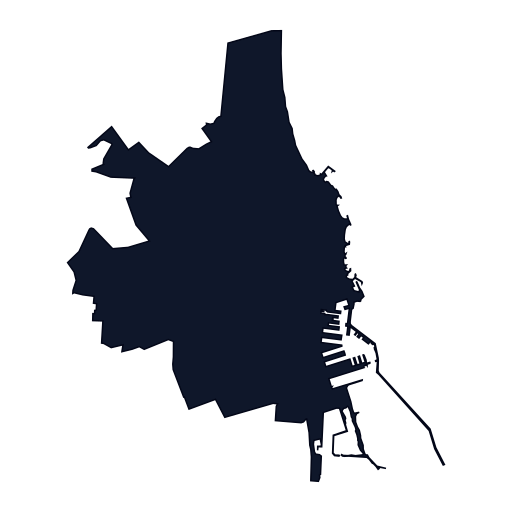 outline of Constanta, Constanta, Romania
{"feature_id": "2599482B843815366907", "entity_name": "Constanta", "entity_type": "district", "adm_level": 2, "iso_a3": "ROU", "parent_name": "Romania", "parent_adm1": "Constanta", "projection": "albers", "projection_center": [28.637, 44.187], "detail": "fine", "context": "isolated", "style": "filled", "palette": "ink", "viewbox_px": 512, "rotation_deg": 0, "n_neighbors": 0, "source": "geoboundaries", "source_scale": "gbopen_adm2", "svg_char_len": 6097}
<svg xmlns="http://www.w3.org/2000/svg" viewBox="0 0 512 512"><path d="M111.2,347.6L123.0,344.8L121.9,351.7L132.1,349.2L139.3,346.6L144.2,349.3L168.3,339.5L173.5,341.4L173.4,357.0L172.8,364.1L173.2,369.6L183.7,397.1L184.4,396.9L189.0,409.1L215.5,399.3L224.8,417.3L273.1,403.3L277.6,403.8L276.3,406.3L275.4,420.6L301.1,422.7L303.5,421.9L305.8,419.2L306.7,419.0L309.1,432.6L309.8,445.2L310.8,449.4L311.4,456.9L310.8,480.7L318.4,481.3L319.8,477.6L319.5,474.9L320.5,474.4L321.3,456.1L319.5,454.7L315.6,454.1L314.4,451.7L313.4,444.1L313.9,440.4L320.2,438.8L321.4,444.5L321.3,446.2L317.7,446.3L317.6,450.3L318.0,446.7L321.7,446.8L323.3,412.4L336.4,408.1L339.5,408.2L346.6,430.7L333.3,435.2L332.6,453.3L334.5,455.6L339.0,456.1L339.4,455.7L339.0,455.2L335.0,455.1L333.0,452.9L333.7,435.6L347.3,431.3L345.3,424.4L345.7,423.1L344.9,419.9L345.6,418.7L345.3,417.1L342.0,411.3L342.4,410.1L343.7,408.3L345.8,407.9L347.6,406.2L348.3,406.9L350.4,411.6L351.4,416.9L352.4,418.6L352.4,420.9L355.3,427.0L356.0,429.6L355.5,431.0L356.9,434.5L357.8,438.5L357.8,440.4L358.4,441.5L358.2,444.9L360.5,450.2L363.1,453.1L363.3,454.0L363.0,454.8L355.5,455.7L351.4,455.0L348.1,455.6L343.3,455.4L341.6,454.6L341.4,455.1L342.4,456.0L344.2,456.3L348.7,456.1L366.9,457.3L369.4,459.4L372.4,463.3L373.3,463.5L376.1,466.4L378.1,469.3L379.1,468.5L377.5,466.8L386.0,468.4L376.9,466.2L368.8,457.6L367.4,455.0L365.9,454.9L364.9,454.0L363.2,449.1L363.1,445.2L360.6,438.2L360.5,435.5L359.3,430.3L357.4,427.0L355.6,422.1L355.4,416.5L356.6,413.7L359.2,412.3L354.5,413.3L353.5,412.3L352.3,408.9L350.8,401.7L346.5,388.3L346.6,387.4L347.8,385.4L348.9,384.7L362.1,380.5L362.2,379.9L332.3,389.0L331.6,387.4L332.2,386.5L331.3,386.7L328.8,378.6L364.0,367.6L363.6,367.2L364.2,365.8L365.5,365.4L365.6,364.5L366.1,364.3L367.1,365.7L367.1,364.1L369.1,363.6L370.0,363.0L369.8,362.4L366.4,363.4L366.0,360.0L364.1,355.2L363.5,354.8L363.0,355.0L365.3,362.3L361.8,363.4L359.5,356.1L358.2,356.6L360.3,364.0L357.1,364.9L354.7,357.6L353.3,358.1L355.6,365.4L354.4,365.8L352.1,366.3L349.9,359.1L325.8,366.7L324.3,361.8L345.2,355.1L344.8,353.4L343.9,351.0L323.0,357.7L321.4,352.7L342.4,346.0L341.8,346.0L341.8,345.4L342.3,345.2L321.0,342.5L321.7,337.4L341.1,339.8L341.8,335.2L322.4,332.7L323.0,328.0L338.8,330.0L339.2,326.9L328.1,325.5L328.6,322.8L338.7,324.1L339.0,321.3L332.3,320.4L332.5,319.0L333.0,319.1L333.0,318.7L332.5,318.6L332.7,317.4L337.9,318.1L338.2,316.0L327.6,314.6L324.9,314.7L324.8,313.6L320.8,313.1L321.1,311.2L324.5,311.6L321.1,310.9L321.3,309.5L326.3,310.2L326.3,310.8L327.6,311.9L340.5,313.5L340.8,311.2L334.9,310.5L335.9,302.6L346.9,299.0L349.0,305.3L349.8,305.3L344.1,306.8L345.0,309.4L349.4,308.2L347.5,323.7L346.0,323.6L345.8,326.0L347.9,326.3L346.8,334.8L349.1,335.1L350.0,328.2L349.6,328.1L349.9,326.5L356.7,331.7L354.6,334.6L355.3,335.1L357.3,332.4L359.3,333.8L357.2,336.6L359.0,338.0L361.0,335.4L363.9,337.6L362.5,339.3L368.4,343.8L370.2,341.6L371.6,342.6L371.4,343.4L372.7,344.4L373.3,343.9L374.7,345.1L375.0,347.3L374.3,347.7L374.7,349.9L375.6,350.0L375.5,351.6L376.1,352.6L377.4,359.7L375.5,360.7L375.7,361.4L377.5,361.0L376.6,372.4L378.8,374.3L429.3,430.6L434.8,448.8L443.2,465.0L444.4,464.5L435.7,447.6L430.0,429.0L378.9,373.0L378.0,370.8L378.3,360.6L378.1,357.9L375.1,343.6L351.5,325.6L350.2,323.9L350.1,321.8L351.6,309.3L353.1,308.3L354.0,303.9L353.8,302.3L356.9,301.1L360.1,301.4L360.7,300.9L360.8,299.5L363.9,296.4L361.9,291.4L359.4,287.8L356.8,281.8L357.1,281.4L356.3,282.1L359.6,289.7L359.0,292.0L354.0,290.7L352.1,287.1L354.4,286.1L351.9,281.0L354.9,278.1L360.8,281.3L361.5,281.9L361.9,283.7L362.3,282.7L361.9,281.6L355.3,277.5L356.0,275.3L355.5,274.1L355.2,274.3L355.0,277.3L352.9,279.5L349.4,279.2L347.0,278.0L346.4,277.2L346.4,275.6L347.3,274.9L347.9,275.5L347.4,273.8L350.6,270.8L350.5,268.8L350.0,269.0L349.8,270.8L348.4,271.8L346.1,271.0L344.7,269.6L344.6,268.5L346.5,268.0L346.0,267.6L345.8,265.5L346.3,265.0L344.2,265.1L343.5,262.2L343.5,259.1L343.9,258.1L344.7,257.5L345.5,258.4L346.0,258.3L345.9,257.5L345.0,257.0L345.0,254.9L345.7,254.4L346.0,253.5L345.3,254.0L344.5,253.6L344.0,251.7L344.3,247.3L344.8,246.4L345.5,246.7L345.4,245.5L349.3,244.3L349.5,242.3L349.4,241.6L349.1,241.7L348.8,243.7L347.9,243.8L345.0,241.9L344.2,239.0L344.4,234.9L345.2,229.3L346.3,226.7L348.8,224.4L350.0,224.1L350.6,225.5L350.7,224.5L348.4,219.3L347.5,215.8L347.1,216.0L347.8,218.2L346.8,219.1L344.3,219.0L342.1,217.9L340.4,215.6L338.4,211.0L337.0,206.1L338.0,205.3L336.5,205.2L336.1,204.4L336.0,199.8L336.9,197.4L339.1,195.6L340.9,198.1L341.3,198.0L340.9,196.7L338.9,194.7L337.9,191.7L336.3,189.3L335.4,189.6L333.9,188.2L332.5,186.0L330.8,185.4L328.3,182.0L326.6,181.5L325.5,182.4L324.2,181.3L323.5,179.8L323.3,179.0L324.5,177.3L325.5,176.1L326.4,175.9L324.1,172.1L327.6,167.8L328.9,167.5L330.5,168.5L332.6,170.2L332.3,171.3L333.0,170.7L334.4,171.5L334.7,171.2L328.3,166.5L321.5,174.5L320.5,173.9L320.5,174.9L317.9,175.8L314.8,175.0L315.0,174.2L314.0,173.3L314.3,171.9L313.4,170.5L313.0,170.6L313.4,171.3L313.2,171.8L311.9,172.4L310.3,171.9L308.7,170.5L306.4,165.2L301.9,159.0L295.5,145.3L294.6,140.5L292.7,133.9L292.1,128.5L289.0,122.3L287.4,111.8L285.5,106.6L284.8,97.5L282.8,89.6L281.4,68.9L281.0,53.4L281.4,30.7L271.6,30.8L228.0,43.1L220.9,116.4L218.9,116.8L216.8,118.4L214.6,121.6L214.3,123.0L213.0,123.6L210.3,124.2L206.4,123.3L206.6,125.0L202.1,128.5L211.5,141.7L206.4,144.2L198.8,148.9L192.9,148.4L190.0,147.2L188.9,147.4L187.2,148.4L168.6,166.7L148.6,152.9L138.8,142.4L128.4,149.9L111.6,126.7L88.0,147.4L88.5,148.0L90.4,147.7L96.2,145.5L100.4,140.7L103.8,139.8L111.6,143.5L112.1,144.5L103.8,158.9L103.2,163.4L103.8,164.3L92.0,169.2L92.0,171.1L96.2,171.8L110.9,177.1L134.7,178.1L133.9,179.2L130.4,192.0L130.1,193.2L130.9,197.4L126.5,198.3L136.1,225.1L149.5,241.0L128.1,247.4L112.7,248.7L93.5,228.8L91.2,228.1L89.7,228.9L88.9,230.3L79.0,251.6L67.6,262.6L74.1,271.9L76.2,280.4L73.0,290.3L72.8,293.4L74.1,292.7L82.8,294.8L94.1,296.3L93.5,303.2L96.6,303.7L96.2,309.8L95.7,310.3L94.7,310.4L94.6,313.6L92.9,313.6L92.7,320.6L102.9,320.9L101.6,343.1L103.7,343.4L111.2,347.6Z" fill="#0f172a" stroke="#020617" stroke-width="1.5"/></svg>